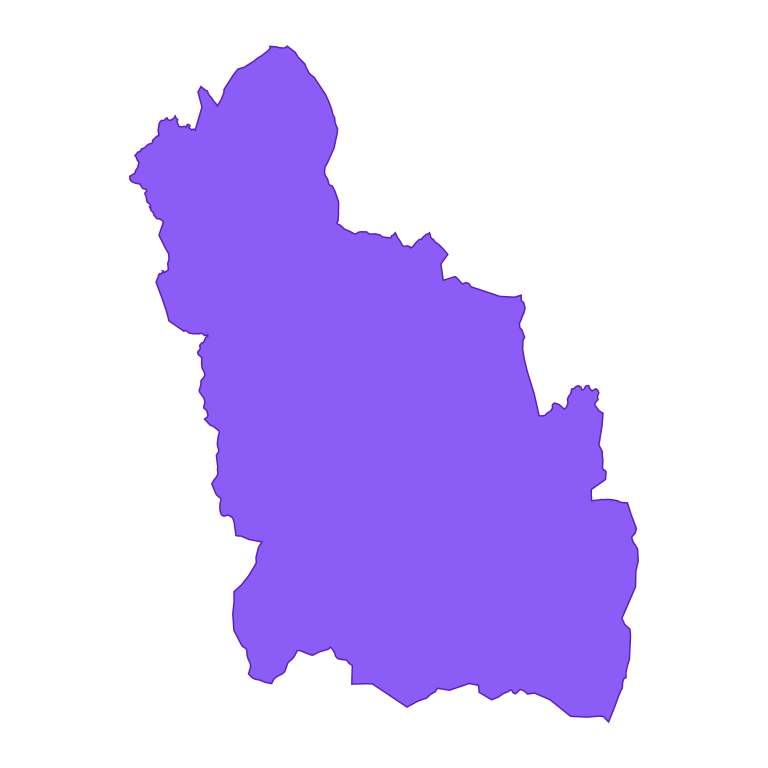 Antananarivo Atsimondrano, Analamanga, Madagascar
{"feature_id": "10022922B82805843876956", "entity_name": "Antananarivo Atsimondrano", "entity_type": "district", "adm_level": 2, "iso_a3": "MDG", "parent_name": "Madagascar", "parent_adm1": "Analamanga", "projection": "natural_earth1", "projection_center": [47.486, -19.01], "detail": "fine", "context": "isolated", "style": "filled", "palette": "violet", "viewbox_px": 768, "rotation_deg": 0, "n_neighbors": 0, "source": "geoboundaries", "source_scale": "gbopen_adm2", "svg_char_len": 6085}
<svg xmlns="http://www.w3.org/2000/svg" viewBox="0 0 768 768"><path d="M325.7,94.8L314.4,77.7L309.4,73.5L306.6,68.5L304.8,63.9L298.4,57.5L295.1,52.2L287.1,46.1L285.0,47.9L283.3,48.0L280.0,47.8L276.6,46.9L269.8,46.4L270.2,48.2L269.6,48.9L268.0,50.7L262.1,55.4L257.9,57.9L252.7,62.0L245.6,66.3L245.3,66.9L237.7,69.2L233.1,75.3L224.0,89.5L224.0,91.7L223.3,94.3L221.8,98.0L221.9,98.4L217.4,105.9L215.8,103.4L214.0,101.6L211.4,97.6L209.0,95.0L207.2,90.9L205.7,90.4L200.9,86.6L198.0,92.1L202.0,107.0L195.2,130.1L193.8,129.1L191.5,129.9L189.1,127.6L189.9,126.2L189.7,125.3L188.2,124.4L187.0,124.9L186.7,126.8L186.2,127.2L184.3,126.2L181.8,126.9L178.8,126.4L177.3,122.4L177.6,119.4L176.2,118.2L175.1,116.0L174.5,117.4L173.6,118.4L170.9,120.1L169.6,120.3L168.3,119.9L167.7,119.5L167.2,118.0L166.7,117.9L165.1,119.1L164.4,120.3L163.0,120.6L162.0,120.3L160.3,121.4L159.1,123.8L158.9,126.1L158.1,129.7L159.0,135.6L158.1,135.6L156.6,136.5L152.6,140.3L152.7,141.1L151.9,143.6L150.2,143.6L149.1,144.0L146.6,145.6L144.6,147.9L141.7,148.8L140.4,151.1L139.7,151.3L139.6,151.8L137.7,152.1L136.2,154.6L134.9,155.2L136.6,158.1L137.4,160.5L138.7,161.5L138.7,163.8L137.5,167.8L135.9,170.1L134.6,173.7L133.3,174.0L131.1,175.7L129.8,176.1L130.0,179.5L130.9,180.9L132.6,182.1L135.9,183.3L139.9,184.1L142.7,188.5L146.0,189.2L146.5,190.2L146.5,191.3L144.7,193.3L146.3,197.1L146.8,201.1L147.3,202.2L150.3,204.7L150.6,207.4L149.7,207.0L151.1,210.5L153.0,212.4L154.2,215.6L156.7,218.5L160.0,219.2L163.2,221.2L162.7,224.3L159.3,234.1L159.1,235.5L165.0,247.4L168.7,253.8L169.0,259.3L167.7,263.6L168.4,269.4L167.7,270.3L164.6,272.5L163.2,270.9L162.5,270.9L163.3,271.6L163.3,272.6L161.7,272.9L161.2,273.9L159.6,273.6L158.4,275.5L158.5,276.7L157.9,277.5L156.1,282.2L162.0,298.1L166.6,311.7L169.0,320.9L184.0,331.3L185.5,330.4L186.6,330.9L188.8,332.9L192.7,333.7L199.6,333.8L200.4,333.3L203.1,333.9L204.1,335.2L205.0,335.6L207.6,334.9L207.8,336.2L205.8,337.4L203.4,342.5L201.6,343.0L199.7,345.5L200.3,348.9L197.8,351.9L197.8,353.6L198.6,354.8L201.7,357.6L201.6,364.1L202.1,368.0L204.2,372.3L204.8,374.4L204.5,375.9L203.6,377.6L201.0,380.6L200.9,384.6L199.2,390.6L199.7,392.2L203.8,398.0L204.8,401.3L204.8,402.9L203.8,406.3L203.9,408.1L206.2,410.1L207.0,411.3L207.9,415.2L207.3,417.1L204.5,419.1L210.1,425.1L212.8,426.1L219.0,430.8L219.3,432.6L218.2,436.5L217.3,443.2L217.6,446.6L218.7,449.4L218.6,452.2L217.3,453.6L216.4,455.3L217.8,467.8L217.4,469.4L217.9,473.0L217.5,474.8L216.0,477.7L214.3,479.4L211.8,483.9L215.8,493.7L217.2,495.5L220.7,498.4L221.0,500.1L220.1,503.1L219.9,505.7L219.9,509.6L220.5,512.4L221.4,514.6L222.9,516.0L224.9,516.0L227.8,515.0L230.0,516.0L232.8,518.1L234.3,523.1L235.9,535.4L237.9,536.0L240.8,536.0L248.8,539.4L262.0,542.0L259.0,546.5L258.2,548.6L256.0,557.4L256.3,562.9L253.4,568.0L248.6,575.9L241.3,585.1L234.0,591.7L234.1,601.1L232.8,613.8L233.9,630.3L241.4,644.8L242.5,646.3L246.2,648.8L246.8,650.7L247.1,655.4L248.1,658.9L250.3,663.6L250.5,666.0L250.5,667.4L248.5,673.9L251.1,676.8L253.2,678.4L256.0,679.4L259.1,679.9L266.1,682.6L271.6,683.5L273.9,679.1L276.1,677.1L282.6,673.6L284.0,672.4L285.4,670.2L287.4,663.9L288.5,662.1L292.1,659.1L294.5,656.1L297.2,650.7L299.0,650.5L300.5,650.8L311.0,655.0L312.9,655.1L319.5,651.8L328.4,649.2L330.4,647.1L332.1,648.7L334.8,653.2L335.4,655.9L337.8,658.6L341.4,659.5L345.2,659.8L347.1,660.5L349.1,663.4L352.3,665.5L351.8,684.1L367.3,683.7L372.6,684.0L407.0,707.1L417.4,701.3L426.9,697.9L430.5,694.4L435.1,691.8L437.4,688.3L449.5,690.2L469.1,683.5L478.5,685.3L479.2,692.4L491.7,699.8L498.4,697.0L503.8,693.3L508.2,691.6L510.3,690.1L511.6,690.2L513.6,693.3L515.7,693.7L520.0,689.6L521.9,690.0L524.8,691.4L527.4,694.0L534.6,693.1L550.0,699.7L570.6,716.3L587.3,717.1L598.9,716.1L603.2,716.4L608.6,721.9L614.3,707.8L618.8,695.5L621.3,689.6L622.3,688.4L622.6,682.6L623.5,679.4L624.5,678.1L626.1,677.7L625.9,672.7L627.2,666.6L629.4,659.2L630.5,636.3L630.0,629.2L624.7,624.5L621.9,618.3L635.5,586.9L635.9,570.8L638.2,561.2L637.6,548.9L633.0,541.7L631.6,537.2L635.2,533.1L636.4,528.5L631.1,514.5L627.4,502.8L621.1,502.5L617.5,500.8L612.5,499.8L608.1,499.4L601.7,499.7L600.8,499.4L599.8,499.9L596.1,500.3L591.6,500.5L591.4,499.4L591.6,497.4L591.2,495.7L591.4,489.4L605.5,479.5L606.1,472.0L604.8,470.2L603.6,470.2L602.5,467.3L602.9,460.6L602.2,454.0L602.4,452.0L598.9,445.0L602.1,425.0L603.0,413.2L598.8,410.7L597.3,408.2L594.6,405.1L595.5,402.4L598.1,399.6L597.4,396.6L598.8,392.9L597.8,390.4L596.0,388.8L592.0,390.9L590.2,389.1L588.6,385.6L586.2,385.8L585.0,387.2L583.9,389.4L581.7,390.0L581.0,387.1L578.3,385.7L575.6,386.8L574.4,388.5L571.7,389.1L570.6,393.9L568.6,396.4L567.5,399.1L567.9,403.7L565.9,407.9L564.1,409.0L559.4,404.8L556.2,403.4L553.8,403.2L552.3,405.3L552.5,408.0L550.7,410.9L547.5,412.8L545.1,415.3L541.6,416.0L539.1,415.7L534.1,393.5L527.3,371.6L524.3,359.3L522.6,349.0L523.0,340.3L524.6,337.3L521.9,329.9L519.9,327.8L519.4,323.3L521.1,319.9L522.5,315.7L523.9,313.0L525.1,308.2L523.7,302.6L521.2,300.5L521.2,295.2L514.6,297.2L499.9,296.4L471.1,286.8L468.8,283.6L466.3,282.6L462.1,283.9L458.5,279.6L455.8,277.0L454.8,276.7L443.2,280.3L440.9,263.9L447.8,254.5L444.0,249.8L438.7,244.4L436.4,243.0L434.7,241.5L433.5,239.6L431.5,238.4L430.4,236.4L430.2,234.8L429.4,232.8L428.5,233.7L426.2,234.4L425.0,235.7L424.1,236.1L421.4,239.1L418.9,239.8L415.6,243.0L412.5,247.1L411.0,247.9L410.0,247.4L410.2,247.0L407.6,245.8L404.1,246.4L402.2,245.5L402.0,244.5L399.8,240.7L397.4,237.3L395.3,232.7L393.5,234.9L391.6,235.9L390.8,237.8L390.3,238.0L387.9,237.5L386.6,237.7L385.9,237.3L383.3,237.2L381.6,236.4L380.3,235.0L378.2,234.5L374.5,233.8L370.7,234.2L368.7,233.6L366.7,231.9L360.9,231.8L358.6,232.2L356.1,233.8L354.3,233.8L349.5,231.2L344.9,229.4L340.5,225.4L337.5,223.9L337.0,222.4L338.2,220.6L338.1,218.1L338.5,213.7L338.3,210.0L338.7,208.2L338.4,206.4L338.7,204.3L338.4,201.4L334.9,191.1L332.2,185.9L329.9,185.1L329.0,184.3L327.6,179.2L325.1,175.1L324.5,171.9L325.0,167.1L327.6,162.5L334.0,148.2L337.2,133.2L337.6,129.0L335.1,123.0L334.6,117.6L332.8,114.3L331.6,109.2L329.0,102.2L325.7,94.8Z" fill="#8b5cf6" stroke="#5b21b6" stroke-width="1.5"/></svg>